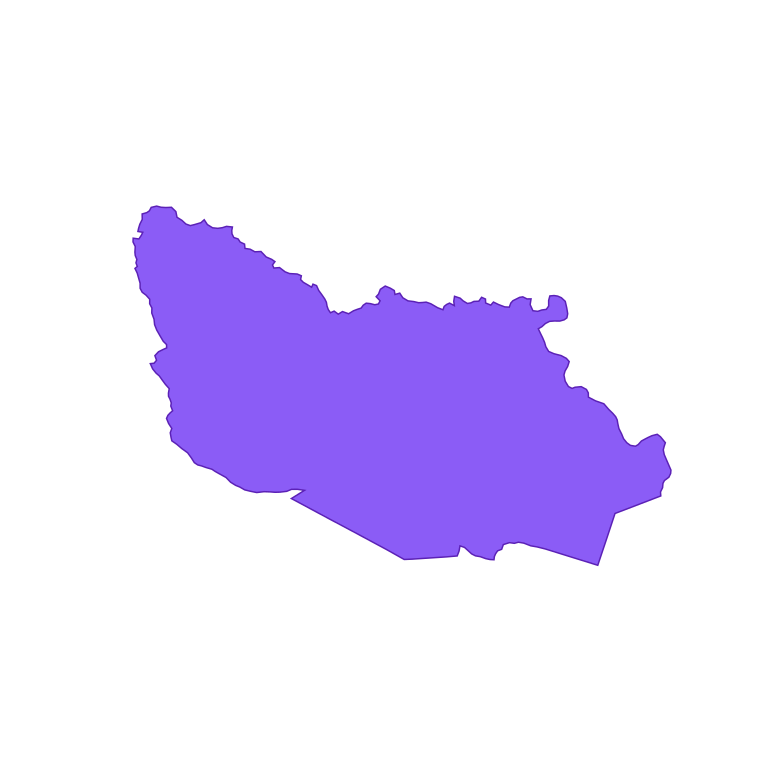 the district of Contendas do Sincorá, Bahia, Brazil, rotated 301°
{"feature_id": "56859067B17459765525716", "entity_name": "Contendas do Sincorá", "entity_type": "district", "adm_level": 2, "iso_a3": "BRA", "parent_name": "Brazil", "parent_adm1": "Bahia", "projection": "equal_earth", "projection_center": [-41.061, -13.829], "detail": "fine", "context": "isolated", "style": "filled", "palette": "violet", "viewbox_px": 768, "rotation_deg": 301, "n_neighbors": 0, "source": "geoboundaries", "source_scale": "gbopen_adm2", "svg_char_len": 3841}
<svg xmlns="http://www.w3.org/2000/svg" viewBox="0 0 768 768"><g transform="rotate(301 384 384)"><path d="M242.5,215.3L239.2,219.7L236.6,225.0L232.1,225.9L228.5,229.0L226.0,231.4L225.6,237.4L224.5,243.9L223.9,251.1L221.4,257.0L218.9,261.9L218.7,266.1L219.8,269.7L220.7,274.3L222.3,280.4L222.1,284.3L222.2,288.6L222.5,296.8L220.8,303.1L220.7,309.0L221.4,313.4L221.5,319.1L223.3,324.9L225.4,330.8L229.9,336.6L233.0,342.2L235.1,346.4L237.8,350.6L241.9,355.9L246.1,359.0L249.2,364.1L251.9,370.6L238.1,363.6L240.2,407.0L241.5,431.8L243.4,471.2L244.0,491.7L248.5,498.5L268.0,526.6L274.3,535.3L279.4,534.4L284.4,532.5L285.4,537.2L284.5,541.8L283.5,546.6L283.8,550.9L285.6,555.5L286.7,561.1L288.1,565.2L290.0,568.8L292.9,567.5L295.9,567.1L299.5,567.3L302.9,570.0L307.8,569.0L312.6,573.2L314.6,577.8L317.6,580.7L319.6,585.8L320.9,593.2L323.2,599.1L325.7,607.3L338.7,660.6L367.6,654.2L392.0,648.7L430.6,678.9L433.9,676.6L438.6,676.2L442.5,674.3L445.7,674.1L450.8,676.2L454.9,675.8L458.0,674.3L460.5,670.8L464.7,664.9L467.8,660.6L471.4,657.3L474.7,656.3L478.6,655.4L481.2,648.1L481.6,644.1L477.7,640.3L474.2,637.9L471.6,636.3L467.7,634.0L463.0,633.1L460.2,631.6L458.3,626.8L458.7,622.4L460.5,617.5L463.5,613.5L466.8,608.3L470.6,604.7L473.3,602.4L475.3,599.4L476.7,595.1L478.0,589.6L480.3,582.6L478.5,574.0L478.0,566.0L481.6,563.7L483.6,560.3L483.3,554.4L479.6,549.4L477.1,547.5L476.8,543.4L479.7,537.9L484.4,533.6L488.4,532.5L493.6,532.4L498.6,531.2L499.9,527.1L499.6,521.2L497.5,514.1L496.7,508.4L499.3,503.5L502.4,500.2L505.3,496.2L508.0,492.0L510.8,487.8L514.4,489.8L519.0,491.2L523.0,493.7L525.7,497.5L528.5,502.3L531.8,505.4L534.9,506.7L538.8,505.3L543.3,501.5L548.2,496.8L549.3,491.6L548.8,487.6L547.4,484.2L544.9,480.8L540.4,482.1L535.6,485.0L531.6,484.7L528.7,481.1L525.5,478.4L523.5,473.9L527.3,468.4L532.7,466.2L530.6,462.8L530.2,458.1L528.1,455.6L525.1,453.7L521.8,451.6L518.7,451.0L514.4,451.8L512.3,447.8L511.1,441.3L510.6,435.6L506.6,434.9L505.8,429.4L509.1,427.2L508.6,423.0L503.8,422.6L501.1,418.5L498.3,416.7L496.0,414.0L496.0,409.1L496.8,405.1L495.5,399.3L490.8,401.2L487.4,403.9L487.1,398.5L484.4,396.7L481.5,395.6L478.0,396.3L477.0,390.6L476.9,382.8L475.9,378.0L473.6,374.9L471.5,371.8L470.0,367.1L467.6,361.7L467.6,355.7L470.0,350.7L466.4,347.3L469.4,344.7L469.4,340.1L468.6,334.6L463.3,332.1L458.2,333.0L454.8,332.3L453.3,337.8L449.7,338.0L447.2,335.3L445.8,330.7L444.1,327.1L440.8,325.6L437.3,325.3L434.2,322.6L431.0,320.1L426.0,317.5L424.7,311.1L420.3,308.8L420.8,303.7L417.5,301.4L419.1,297.9L421.4,295.1L424.4,292.5L426.4,289.4L428.5,284.8L430.6,279.8L433.6,275.5L433.0,271.7L429.7,272.1L429.7,267.5L429.6,262.5L430.6,258.7L434.2,257.4L433.6,253.0L430.0,246.1L429.2,241.4L430.0,234.5L426.7,229.9L428.6,227.1L432.7,227.5L433.0,223.5L432.2,217.6L434.2,210.3L430.8,205.2L430.6,199.8L428.6,195.0L432.1,192.4L431.6,187.6L433.2,184.2L432.2,179.8L434.4,176.4L437.1,174.5L440.5,173.2L438.0,167.8L434.7,164.9L431.8,161.3L429.6,156.6L429.7,150.5L432.2,145.3L428.0,144.0L423.1,139.5L420.0,136.4L419.1,131.8L420.2,126.5L420.3,120.7L424.6,116.8L426.0,110.8L422.9,106.1L420.7,101.9L419.4,97.5L415.5,93.5L411.6,93.7L408.7,92.4L405.2,89.1L400.6,92.0L395.2,92.4L390.9,93.5L388.0,94.5L389.8,99.1L386.6,99.4L382.1,99.2L379.8,93.9L376.5,95.7L373.7,100.0L368.7,102.6L366.0,104.6L363.5,108.0L360.1,109.0L357.7,112.0L354.8,111.0L352.0,115.3L348.7,118.8L344.8,123.0L340.4,125.7L338.1,129.5L337.6,134.3L336.0,139.5L332.1,141.8L329.6,145.9L325.2,148.4L321.1,153.5L316.7,156.8L313.2,161.4L310.0,167.1L306.9,172.8L305.8,177.3L303.0,179.1L299.7,176.8L295.5,174.1L290.3,173.0L287.2,176.8L283.4,176.2L281.1,173.2L277.8,177.9L275.9,183.1L275.2,187.2L273.4,191.3L271.1,196.8L269.4,202.3L265.2,203.9L262.5,205.6L260.6,208.6L258.2,211.4L255.3,212.6L252.2,216.6L249.2,215.6L245.9,214.9L242.5,215.3Z" fill="#8b5cf6" stroke="#5b21b6" stroke-width="1.5"/></g></svg>